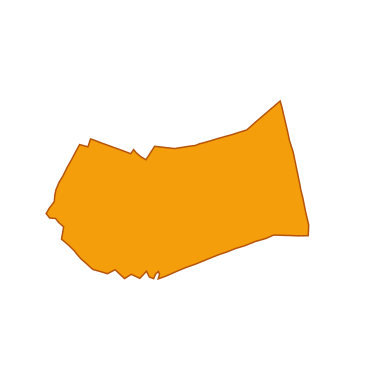 outline of Haditha, Al-Anbar, Iraq, rotated 46°
{"feature_id": "34846034B75041723835254", "entity_name": "Haditha", "entity_type": "district", "adm_level": 2, "iso_a3": "IRQ", "parent_name": "Iraq", "parent_adm1": "Al-Anbar", "projection": "robinson", "projection_center": [42.343, 34.245], "detail": "fine", "context": "isolated", "style": "filled", "palette": "amber", "viewbox_px": 384, "rotation_deg": 46, "n_neighbors": 0, "source": "geoboundaries", "source_scale": "gbopen_adm2", "svg_char_len": 1312}
<svg xmlns="http://www.w3.org/2000/svg" viewBox="0 0 384 384"><g transform="rotate(46 192 192)"><path d="M106.2,311.9L111.9,312.4L116.3,308.5L121.2,309.1L127.8,308.5L131.0,312.7L135.2,318.6L144.8,317.7L152.3,317.5L157.2,318.0L163.3,318.3L170.0,317.7L178.7,317.2L186.4,312.7L192.0,309.6L194.5,301.3L207.4,300.7L209.0,292.9L217.9,289.5L217.4,279.8L223.5,281.7L227.7,279.8L225.8,275.3L225.8,271.4L228.6,272.5L231.0,276.7L232.6,273.1L234.5,268.9L238.7,257.4L242.1,248.8L246.1,240.1L251.0,227.8L255.4,216.9L259.4,208.5L262.9,199.9L267.1,191.8L271.7,180.6L276.8,171.1L279.6,163.3L283.8,159.1L287.8,155.3L291.0,152.1L297.1,146.3L304.2,138.7L303.0,137.5L296.7,130.9L284.3,123.5L272.6,116.0L265.6,112.0L260.9,108.8L249.2,101.4L233.4,91.4L222.8,86.2L213.7,80.5L205.6,75.7L199.5,72.1L193.8,68.6L187.8,65.4L187.1,76.5L186.6,85.5L185.9,96.6L185.4,109.6L181.5,117.2L178.6,123.2L172.8,133.7L169.5,140.2L165.6,147.7L162.5,153.2L160.9,157.2L157.0,162.4L148.7,174.3L143.3,178.8L133.2,187.1L135.5,197.1L136.7,202.8L131.1,204.3L125.0,204.9L121.0,204.5L121.9,209.5L115.2,212.6L108.7,215.8L100.9,219.6L94.6,222.7L88.3,225.6L83.4,228.1L87.2,235.5L79.8,239.9L82.1,247.2L85.2,256.6L87.7,265.0L90.8,273.6L92.7,280.9L95.9,288.3L99.0,292.9L103.2,297.7L104.5,305.9L106.2,311.9Z" fill="#f59e0b" stroke="#b45309" stroke-width="1.5"/></g></svg>